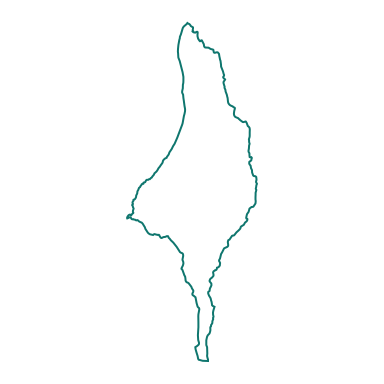 outline of Icononzo, Tolima, Colombia
{"feature_id": "7082276B29994839767067", "entity_name": "Icononzo", "entity_type": "district", "adm_level": 2, "iso_a3": "COL", "parent_name": "Colombia", "parent_adm1": "Tolima", "projection": "equal_earth", "projection_center": [-74.537, 4.121], "detail": "fine", "context": "isolated", "style": "outline", "palette": "teal", "viewbox_px": 384, "rotation_deg": 0, "n_neighbors": 0, "source": "geoboundaries", "source_scale": "gbopen_adm2", "svg_char_len": 6016}
<svg xmlns="http://www.w3.org/2000/svg" viewBox="0 0 384 384"><path d="M187.4,23.0L186.7,24.0L183.8,26.5L183.0,27.6L182.7,28.3L180.9,34.4L179.9,36.8L179.8,38.3L179.3,40.0L178.4,45.0L178.0,49.0L177.9,51.7L178.1,53.4L178.3,56.9L178.4,57.7L179.7,61.0L182.6,72.3L183.4,76.9L183.4,80.9L183.3,82.9L182.9,84.8L182.8,88.3L182.2,91.0L182.1,92.2L182.3,93.0L183.1,94.7L183.4,98.0L183.8,100.6L184.5,105.9L185.0,108.6L185.1,109.8L185.0,111.4L184.5,113.9L183.9,116.1L182.6,123.3L182.2,124.6L177.3,137.6L174.6,143.8L173.1,146.1L171.7,149.0L169.4,152.4L168.7,154.5L166.9,156.9L166.6,157.8L165.2,158.4L163.7,159.7L163.0,160.8L162.6,162.5L162.3,163.1L160.4,165.7L159.9,166.6L158.9,167.7L158.2,168.7L158.1,169.0L157.3,170.4L156.4,171.6L154.4,173.4L153.9,174.7L152.2,176.7L151.8,177.5L150.8,178.1L149.9,179.1L149.2,179.1L148.2,179.8L146.9,179.8L146.3,180.2L146.0,180.5L145.2,182.1L144.5,182.4L143.8,182.5L143.5,182.7L143.4,183.7L143.3,183.8L142.3,183.9L141.7,184.3L141.3,185.2L140.6,185.9L140.1,187.0L139.0,187.9L138.6,188.9L138.4,189.7L137.7,190.8L137.4,191.6L137.2,193.5L136.2,195.5L136.1,196.7L135.9,197.5L135.4,198.4L134.9,199.1L134.1,199.7L133.6,199.7L133.4,199.9L133.3,201.1L132.6,202.0L132.5,202.7L132.9,203.7L132.9,204.1L132.7,204.4L132.3,204.6L132.2,205.3L132.8,206.1L133.0,207.3L133.6,208.4L133.5,209.0L133.0,210.5L132.9,211.6L132.9,212.0L133.3,212.6L133.3,212.9L133.2,213.1L131.8,214.3L131.3,215.3L130.8,215.2L130.3,214.7L129.9,214.6L129.1,214.9L128.5,215.3L127.6,216.5L127.3,217.2L127.1,217.8L127.2,218.4L127.4,218.4L129.0,217.6L129.7,217.3L130.3,217.3L130.9,217.8L131.4,218.7L131.8,219.1L132.3,219.3L133.4,219.2L133.8,219.5L135.0,219.7L136.2,220.4L137.2,220.1L137.7,220.2L138.9,221.3L140.4,222.1L141.7,222.6L142.7,223.7L144.4,226.5L144.8,227.1L145.4,228.9L147.8,232.6L148.7,233.5L150.0,234.3L153.1,235.0L153.9,234.3L154.6,234.1L156.5,234.7L157.0,234.7L158.0,235.0L158.8,234.8L159.3,235.2L159.7,236.2L160.6,237.5L161.1,237.9L161.6,238.0L161.9,237.9L163.4,237.1L165.2,236.9L167.0,236.1L168.1,236.3L168.6,237.6L168.9,238.0L169.7,238.7L170.8,240.2L173.3,242.6L176.7,246.9L180.0,252.1L181.1,252.8L182.0,253.1L182.7,253.6L182.9,254.0L183.1,254.7L183.2,255.9L182.5,259.4L182.6,260.3L183.1,261.4L183.3,262.2L183.4,263.5L183.1,264.8L182.8,265.7L181.5,268.3L181.5,268.9L182.2,269.5L182.7,270.6L184.4,275.4L185.1,276.5L185.4,278.3L185.6,280.5L185.9,281.3L186.6,282.2L187.9,282.7L188.5,283.1L189.1,283.8L191.3,286.7L192.0,288.5L193.0,290.0L193.3,290.6L193.3,291.4L193.1,292.2L192.4,293.5L192.4,294.6L192.7,295.1L194.0,296.0L195.5,297.3L196.6,303.1L197.6,306.6L198.1,307.3L198.9,307.9L199.2,308.6L199.3,309.3L198.4,314.4L198.3,316.3L198.4,322.4L198.4,327.3L197.9,335.2L198.2,340.0L199.0,342.7L199.0,343.9L198.5,344.8L197.1,346.0L195.3,347.2L195.6,349.3L196.6,352.8L197.6,356.0L198.1,358.6L198.4,359.3L198.7,359.7L202.7,360.8L208.0,361.0L208.0,359.3L207.7,358.6L207.2,356.6L207.1,355.7L207.3,353.7L207.2,350.2L207.1,347.2L206.3,345.0L206.3,340.3L207.0,337.0L207.7,335.4L209.5,333.5L210.1,331.7L210.4,330.0L210.3,327.8L210.4,327.1L211.0,326.3L211.1,325.0L211.8,324.0L212.3,323.1L212.4,321.2L213.2,319.1L213.0,318.0L213.4,317.1L213.5,316.4L213.1,314.8L213.0,312.5L213.4,310.5L214.5,306.8L212.9,306.0L212.1,305.3L211.6,301.9L211.1,300.5L210.7,298.6L210.3,297.7L209.0,295.6L208.2,293.5L208.2,292.1L208.4,291.8L209.4,291.1L209.6,290.8L209.9,288.5L210.6,287.2L211.4,285.4L211.4,284.3L211.3,283.5L211.0,283.1L209.7,281.5L209.6,280.6L209.8,280.0L210.4,278.8L212.1,277.5L213.4,275.9L213.5,275.5L213.5,274.6L213.1,272.5L213.4,271.6L213.7,271.2L215.0,270.5L215.1,270.2L216.0,270.0L216.5,269.6L216.7,269.2L217.0,267.7L218.5,267.2L219.8,265.6L220.1,263.0L219.9,262.5L219.1,261.0L219.1,260.2L220.0,258.5L220.2,257.7L221.1,254.0L222.2,252.2L224.0,248.5L224.6,248.1L227.4,246.8L228.1,245.9L228.2,245.0L227.8,242.0L228.2,240.4L228.4,240.1L229.5,239.6L232.0,235.9L232.6,235.6L233.7,235.5L234.3,235.1L236.5,232.3L238.3,230.7L239.8,229.2L240.3,228.5L240.8,226.9L241.1,226.5L243.8,224.8L245.0,222.6L246.5,221.4L247.1,220.6L247.3,220.0L247.4,219.1L247.2,218.8L246.4,218.5L246.3,218.3L246.2,217.7L246.8,214.9L247.2,213.8L248.4,212.2L248.7,211.5L249.5,208.6L250.6,207.7L251.6,207.0L252.8,206.9L253.4,206.6L255.2,203.9L255.5,203.3L255.7,201.3L255.6,200.2L255.5,199.5L255.5,197.0L255.6,194.9L255.6,192.8L256.3,190.1L256.3,189.8L255.8,188.9L255.8,188.6L256.1,187.3L256.4,185.1L256.8,184.3L256.9,183.6L256.2,182.5L256.1,182.1L256.1,181.2L256.5,180.0L256.4,178.3L256.2,177.0L255.5,176.3L253.9,176.0L253.2,175.5L252.1,172.5L252.0,170.2L251.0,168.1L250.6,165.7L249.5,164.3L249.2,163.3L249.3,161.9L249.8,161.4L250.6,161.0L251.3,160.2L251.4,159.4L251.8,158.0L251.7,157.6L251.2,157.1L250.4,157.3L249.7,157.1L249.5,155.9L249.4,153.3L248.6,151.8L248.5,150.9L248.9,148.5L249.1,145.5L249.6,143.8L249.1,142.0L249.1,140.6L248.9,139.3L249.6,136.9L249.7,135.5L249.7,132.3L249.8,129.7L249.7,128.7L249.5,127.8L248.8,126.8L247.8,126.0L246.7,123.0L246.0,121.8L245.7,121.5L245.3,121.6L243.4,122.1L242.7,122.0L240.0,120.0L239.6,119.5L238.9,119.0L238.2,118.2L235.4,117.0L234.7,116.3L234.1,115.1L233.9,113.8L234.2,111.1L234.8,108.9L234.9,108.1L234.5,107.6L233.4,107.1L232.7,106.4L231.2,105.8L229.8,105.0L228.9,104.0L228.3,103.0L228.0,101.8L227.6,97.9L227.3,97.0L226.8,94.7L225.6,91.5L225.4,89.8L224.5,87.8L224.6,86.7L223.6,83.4L223.5,82.1L223.9,81.3L224.8,80.1L225.1,79.4L223.7,78.2L223.2,77.4L223.3,76.7L224.0,75.8L224.1,75.0L223.6,73.8L223.0,71.4L221.1,66.6L221.0,64.5L220.5,60.8L220.1,59.8L219.7,57.8L219.4,56.5L219.0,53.9L218.0,52.6L217.5,52.3L216.6,52.3L214.9,52.8L214.2,52.7L213.8,52.2L213.3,49.8L212.8,49.5L211.0,49.1L209.8,48.5L208.6,47.7L205.2,47.5L204.6,47.1L204.1,46.2L203.8,44.2L201.9,40.5L201.7,40.3L201.4,40.3L201.1,40.4L200.6,41.1L199.9,41.2L199.3,40.5L198.1,38.6L197.5,36.2L197.5,34.4L197.7,32.9L197.6,32.1L197.2,31.8L196.4,31.9L195.4,32.6L195.0,32.6L193.8,32.4L193.1,32.0L192.9,31.8L193.4,31.6L193.1,31.0L192.8,31.0L192.7,30.8L192.7,30.1L193.0,28.6L193.0,27.4L190.9,26.1L190.2,25.0L189.4,24.1L188.2,23.6L187.4,23.0Z" fill="none" stroke="#0f766e" stroke-width="2"/></svg>